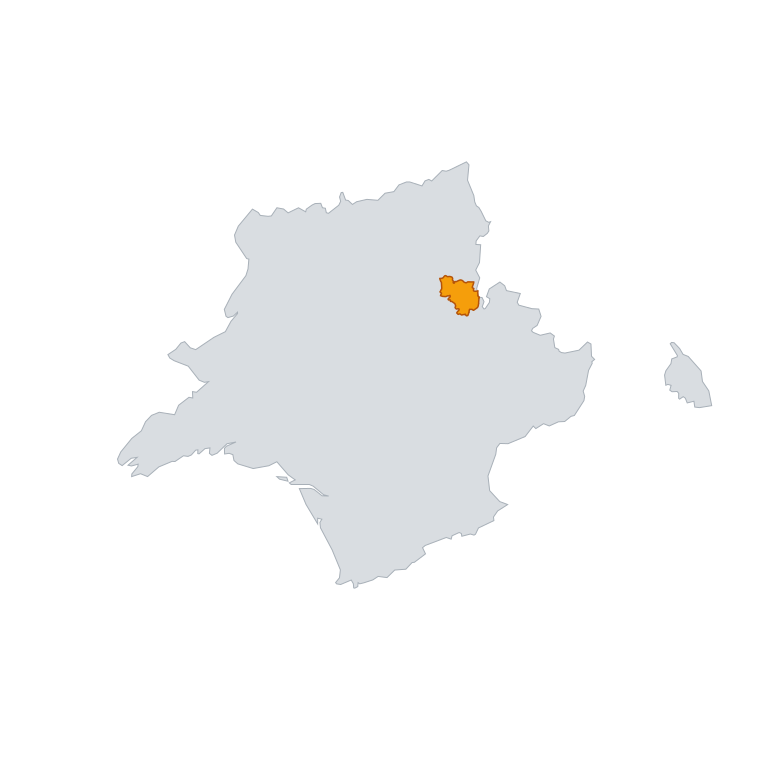 where Jura sits in France, rotated 322°
{"feature_id": "FRA-5312", "entity_name": "Jura", "entity_type": "Metropolitan department", "adm_level": 1, "iso_a3": "FRA", "parent_name": "France", "parent_adm1": "", "projection": "robinson", "projection_center": [5.636, 46.776], "detail": "fine", "context": "in_parent", "style": "filled", "palette": "amber", "viewbox_px": 768, "rotation_deg": 322, "n_neighbors": 0, "source": "natural_earth", "source_scale": "10m", "svg_char_len": 6511}
<svg xmlns="http://www.w3.org/2000/svg" viewBox="0 0 768 768"><g transform="rotate(322 384 384)"><path d="M567.9,321.7L563.6,323.7L560.9,327.9L558.2,328.9L553.1,328.9L550.7,326.3L544.7,328.0L542.3,330.6L545.9,333.8L534.0,347.1L526.4,350.7L524.8,359.3L515.8,365.8L512.5,372.7L512.2,374.0L514.5,376.3L513.5,380.7L509.0,383.6L509.0,386.5L510.3,386.9L517.3,384.6L519.9,381.9L518.5,378.3L525.5,373.9L538.1,375.0L539.6,380.9L538.0,385.8L547.1,396.6L539.3,401.6L538.8,404.9L546.9,415.7L552.1,420.2L549.4,427.4L540.8,432.1L535.4,431.7L533.0,432.9L533.3,435.1L537.1,441.8L546.4,446.1L547.8,451.1L545.2,452.9L541.0,460.5L542.9,464.2L542.2,465.9L543.1,468.4L545.6,471.0L558.5,477.4L570.2,476.2L571.7,479.9L564.6,489.9L565.1,494.3L561.5,494.4L560.8,495.9L553.6,499.2L542.1,509.3L536.6,512.2L534.5,517.3L531.3,520.2L514.6,526.0L511.4,524.6L503.3,524.8L498.2,521.2L488.4,518.8L485.3,513.5L476.2,512.6L475.7,509.0L462.9,512.3L445.0,507.4L438.7,502.2L433.5,503.6L428.8,508.2L409.3,520.5L401.6,533.1L402.8,547.9L407.2,555.1L395.4,554.0L388.4,556.2L386.5,559.3L369.8,555.6L363.6,558.7L361.9,558.5L359.7,555.4L351.6,551.9L352.9,549.4L351.8,547.3L344.2,545.5L341.4,547.6L338.6,543.3L317.1,536.6L313.6,536.7L312.1,543.4L298.2,543.2L296.2,542.0L287.2,543.4L277.9,537.2L267.2,538.4L260.9,532.0L254.6,531.5L245.8,528.3L241.8,526.5L241.3,524.6L238.6,527.5L235.3,526.9L234.6,526.0L236.9,522.5L237.5,518.3L226.4,515.3L223.6,512.3L223.6,510.7L229.6,509.3L235.2,503.6L241.0,482.8L245.4,458.2L248.3,453.6L251.8,452.3L249.1,448.9L245.6,453.4L248.4,430.9L252.9,414.3L261.9,421.1L264.0,424.1L266.4,434.0L271.4,438.2L268.2,434.1L265.3,420.9L263.3,417.2L249.0,406.1L248.5,403.6L255.0,404.9L252.6,396.6L251.7,379.3L242.9,377.5L228.9,370.1L219.6,356.9L218.7,351.9L221.4,346.6L219.3,343.3L215.3,341.0L218.6,336.5L221.5,336.0L231.7,338.6L223.5,334.4L209.9,335.8L204.5,334.3L203.7,331.2L207.5,327.2L203.1,324.7L195.3,325.2L194.4,324.2L196.8,321.3L194.9,320.2L188.5,321.3L185.0,320.4L181.8,317.1L171.6,316.4L169.4,314.5L155.5,310.7L140.7,311.4L136.9,304.8L128.1,301.6L130.0,299.6L139.1,297.6L140.9,295.8L134.5,293.1L132.3,290.4L144.3,289.8L139.1,286.9L127.4,287.1L126.1,283.2L127.8,279.1L134.7,275.5L151.8,271.6L164.0,271.5L172.9,266.9L181.5,265.6L189.5,267.9L200.1,279.3L209.1,274.3L222.1,274.4L224.7,277.3L228.4,272.1L231.2,275.1L247.2,274.1L243.5,272.1L240.7,267.2L240.7,249.4L233.0,236.5L231.2,231.7L231.8,227.8L241.3,228.5L249.2,226.7L253.0,227.9L253.6,236.2L256.8,241.0L278.6,242.5L291.2,245.1L302.0,240.4L312.0,238.3L312.8,237.2L307.1,237.7L301.9,235.6L301.2,233.4L304.1,226.9L319.5,219.7L341.9,213.6L347.7,209.6L354.4,202.4L353.0,200.6L354.5,181.0L357.9,174.6L366.4,169.9L388.0,165.2L390.5,171.5L390.3,175.0L395.9,180.5L398.7,182.2L408.1,179.2L412.6,184.3L413.8,190.1L425.1,192.5L428.3,200.1L430.4,198.4L437.5,198.7L440.8,199.4L445.4,202.7L444.0,207.2L446.0,209.4L444.0,213.5L445.3,215.3L458.4,215.3L462.3,213.4L464.1,209.3L468.1,206.8L469.5,207.6L467.0,215.4L468.8,217.4L469.7,223.1L474.6,223.5L484.2,228.0L492.3,235.5L502.3,234.3L510.2,238.5L518.4,236.3L526.0,238.6L528.7,240.7L535.9,251.3L541.4,249.2L545.3,250.4L546.6,253.4L561.3,251.6L564.0,254.6L567.0,255.7L585.7,259.7L585.9,263.6L575.3,274.8L570.8,290.8L567.6,296.4L566.5,300.5L567.4,303.3L566.9,307.6L564.7,318.1L566.1,321.1L567.9,321.7ZM638.8,538.1L637.9,544.8L640.7,549.6L641.9,568.9L636.5,578.1L635.7,589.4L628.9,602.8L618.0,596.8L614.7,593.5L617.6,588.4L611.3,585.6L612.7,580.7L612.0,578.2L607.6,577.9L607.4,576.6L610.5,572.8L610.4,570.4L606.2,567.4L605.4,564.8L609.4,561.8L607.5,559.1L605.3,558.5L610.6,549.7L614.3,547.1L622.7,544.6L626.2,541.4L631.7,543.1L632.7,542.3L634.3,528.5L636.2,528.3L638.0,530.1L638.8,538.1ZM249.9,397.6L248.5,401.5L243.1,394.7L242.5,391.0L249.9,397.6Z" fill="#d9dde1" stroke="#a8b0b8" stroke-width="1"/><path d="M515.0,368.2L515.3,368.5L514.0,369.9L512.8,371.7L512.3,372.1L512.2,372.4L512.2,372.6L512.3,372.8L512.4,373.0L512.4,373.5L512.5,373.8L512.4,374.1L512.0,374.4L512.2,374.5L510.7,375.9L510.4,376.2L510.1,376.6L508.9,377.8L508.8,378.0L508.3,378.7L508.2,378.9L508.0,379.0L507.7,379.2L507.4,379.4L507.2,379.7L507.0,379.9L505.7,380.9L505.4,381.0L505.0,381.2L504.2,381.3L500.3,381.1L500.0,381.0L499.7,380.8L499.6,380.4L499.6,380.1L499.5,379.7L499.1,379.2L497.4,377.9L496.6,378.3L496.2,378.8L495.8,379.0L495.7,379.1L495.6,379.3L495.5,379.6L495.4,379.8L495.1,379.9L494.7,379.9L494.6,380.0L494.4,380.1L494.0,380.6L493.9,380.7L493.7,380.8L493.0,381.1L492.7,381.3L492.5,381.5L492.3,381.6L491.3,381.3L491.1,381.1L490.9,380.8L490.8,380.4L490.9,380.0L491.0,379.7L491.0,379.4L491.0,379.1L490.9,378.9L490.1,378.8L489.8,378.7L489.3,378.1L488.9,377.9L488.1,377.7L487.7,377.4L487.5,377.1L487.3,376.5L487.2,376.1L487.1,375.7L486.7,375.3L486.4,375.2L485.5,374.9L485.2,374.4L485.1,372.8L485.9,372.4L488.5,371.9L488.8,371.8L489.1,371.5L489.2,371.2L489.2,370.8L488.9,370.5L488.6,370.2L487.6,369.8L487.4,369.7L487.1,369.1L487.0,368.7L487.0,368.1L487.1,367.7L487.2,367.4L487.5,367.2L488.1,366.9L488.4,366.7L488.6,366.5L488.7,366.2L488.8,365.8L488.9,365.5L489.0,365.2L489.2,364.9L489.3,364.3L489.1,363.5L488.4,361.1L488.2,360.6L487.5,360.1L487.3,359.8L487.4,359.4L487.8,358.9L487.9,358.6L487.8,358.3L487.4,358.0L487.0,357.8L486.7,357.6L486.6,357.3L486.6,356.9L486.8,356.6L487.1,356.4L487.5,356.3L489.7,356.1L490.0,355.9L490.2,355.6L490.4,355.3L490.5,355.0L490.5,354.8L490.0,354.6L489.2,354.4L488.9,354.2L488.6,353.8L488.2,353.6L487.7,353.5L487.2,353.4L486.6,353.2L485.9,352.7L483.9,350.8L483.0,349.2L483.6,348.7L484.8,348.2L485.0,348.0L485.2,347.7L485.1,347.3L485.0,347.1L484.9,346.7L484.8,346.4L484.9,346.1L485.0,345.8L485.4,345.7L486.1,345.4L486.6,345.1L487.2,344.8L487.8,344.7L488.1,344.4L488.6,343.9L491.5,339.7L491.8,339.2L491.9,338.0L492.8,335.3L493.0,335.2L493.5,335.6L495.0,336.5L495.6,336.6L496.2,336.6L498.0,336.2L498.6,336.2L499.1,336.4L499.5,336.9L499.9,338.2L500.1,338.5L502.1,339.8L503.3,341.5L503.3,341.9L503.3,342.3L503.2,342.8L503.0,343.1L502.8,343.5L502.2,343.9L502.0,344.2L501.9,344.6L502.0,345.4L501.9,345.7L501.7,346.0L501.1,346.5L500.9,346.9L500.9,347.2L501.1,347.5L501.3,347.7L501.6,347.7L501.9,347.6L502.5,347.0L502.9,346.9L503.3,347.2L504.1,347.9L506.9,348.5L508.2,349.0L508.6,349.4L509.1,350.0L509.4,350.6L509.6,351.2L509.8,353.0L510.1,353.6L510.9,354.7L511.2,354.9L511.7,355.0L512.5,355.0L513.0,355.2L517.5,358.8L517.0,359.5L513.2,362.0L512.9,362.6L513.0,362.9L513.4,363.6L513.5,363.9L513.5,364.1L512.4,364.9L512.2,365.2L512.0,365.6L512.2,366.3L513.1,367.2L514.2,367.9L515.0,368.2Z" fill="#f59e0b" stroke="#b45309" stroke-width="1.5"/></g></svg>